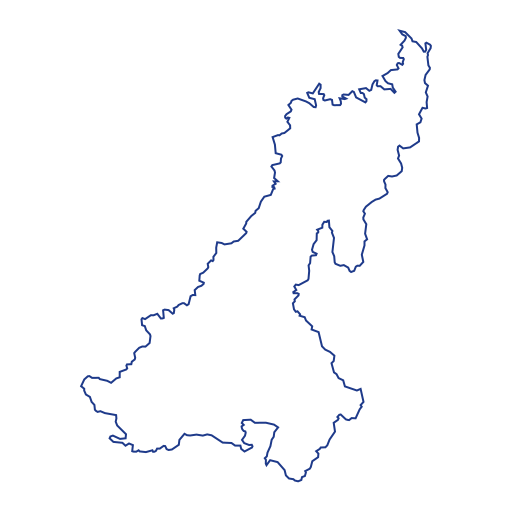 Diamantina, Minas Gerais, Brazil (Albers equal-area conic projection)
{"feature_id": "56859067B62875205833655", "entity_name": "Diamantina", "entity_type": "district", "adm_level": 2, "iso_a3": "BRA", "parent_name": "Brazil", "parent_adm1": "Minas Gerais", "projection": "albers", "projection_center": [-43.58, -17.913], "detail": "fine", "context": "isolated", "style": "outline", "palette": "blue", "viewbox_px": 512, "rotation_deg": 0, "n_neighbors": 0, "source": "geoboundaries", "source_scale": "gbopen_adm2", "svg_char_len": 5984}
<svg xmlns="http://www.w3.org/2000/svg" viewBox="0 0 512 512"><path d="M81.1,386.2L84.2,388.7L84.2,390.6L85.9,394.5L89.9,396.9L91.6,401.9L94.4,404.9L94.9,409.7L96.0,410.9L97.6,411.9L100.4,411.2L104.9,413.1L116.1,415.1L116.4,418.4L115.7,421.7L117.2,425.5L126.0,434.2L125.6,438.3L120.0,438.9L112.9,435.6L110.4,436.5L109.6,438.3L113.4,441.9L122.4,442.8L125.5,445.7L129.0,443.5L132.9,445.1L132.2,451.2L133.3,451.6L136.2,451.7L138.6,450.3L139.6,451.4L145.9,452.1L152.4,450.3L153.1,451.8L154.5,451.7L155.9,450.9L157.1,448.6L159.8,448.6L163.6,445.9L165.2,446.1L166.6,449.1L168.6,450.0L171.9,449.5L178.8,444.8L179.4,439.9L184.5,433.8L187.0,435.2L190.1,435.5L196.5,434.6L202.8,435.6L207.2,434.4L211.6,435.3L222.7,442.6L231.5,443.0L235.1,445.6L240.4,445.6L241.2,448.9L244.5,451.5L252.0,447.5L252.5,446.3L251.8,444.8L249.1,445.0L244.2,443.1L242.0,439.9L245.0,435.7L245.7,432.7L245.3,431.4L243.7,431.0L242.3,429.3L241.8,427.8L241.6,426.4L243.7,424.9L241.8,423.0L243.2,420.1L250.7,419.7L254.9,422.8L265.8,422.7L274.0,424.6L278.1,427.4L274.3,432.2L273.7,436.8L271.7,439.7L270.4,446.2L267.5,452.6L266.8,456.4L264.8,458.2L265.9,459.8L265.8,463.7L266.5,465.2L270.1,460.2L277.6,462.1L284.6,470.1L285.9,475.4L289.0,478.5L293.4,479.2L294.8,480.5L298.1,481.3L301.3,480.0L302.0,477.1L304.9,476.0L305.9,472.5L305.2,471.1L309.8,468.7L310.8,467.0L312.3,461.2L318.1,457.2L318.4,453.6L316.2,451.2L319.8,448.9L320.7,447.5L325.4,447.3L327.3,445.3L329.6,439.5L335.0,431.6L333.7,422.8L337.9,419.9L338.6,418.3L337.4,417.0L339.3,414.8L340.7,414.5L345.9,419.4L347.7,419.9L349.1,420.1L351.6,418.1L355.6,418.3L359.7,409.3L361.7,406.7L360.6,405.1L363.5,401.9L360.6,388.9L356.9,390.5L344.9,386.4L343.2,380.3L338.6,378.1L336.5,374.1L334.0,372.4L331.5,363.2L333.7,361.0L334.4,355.7L330.0,351.9L325.2,349.6L322.0,346.3L318.6,332.1L311.6,329.5L312.2,326.3L306.0,320.5L304.7,317.2L299.6,315.7L300.1,314.3L297.5,311.3L295.8,311.8L294.0,309.3L292.9,303.3L294.8,301.3L294.5,299.4L298.5,295.4L298.7,293.9L297.4,293.2L293.6,293.2L293.3,292.1L296.3,290.0L294.3,286.5L295.8,284.6L298.7,285.1L307.7,280.3L308.5,278.9L309.2,270.8L308.6,265.4L310.1,263.1L310.6,256.7L311.8,255.6L316.0,255.2L316.6,253.7L312.7,251.9L312.0,249.8L313.6,244.1L316.6,240.2L316.8,233.4L318.2,232.5L318.3,231.1L317.2,229.7L322.3,227.7L322.4,224.7L324.2,221.8L326.8,222.0L327.5,220.8L328.9,220.6L329.4,227.2L332.4,231.0L331.9,232.6L334.0,237.9L332.4,252.0L334.2,256.2L334.7,262.3L335.5,263.8L340.3,265.8L343.8,265.1L348.2,267.6L349.6,270.9L351.1,272.0L354.2,270.8L355.8,266.7L357.4,265.7L359.7,265.8L363.3,261.9L361.8,254.7L364.5,245.4L364.5,241.4L367.1,239.3L365.1,233.7L366.3,224.2L363.4,219.4L363.3,217.5L364.9,213.7L363.3,211.2L363.8,209.9L365.9,206.7L371.7,202.0L375.6,199.6L379.4,198.6L387.0,193.8L387.7,192.2L385.4,188.1L385.5,184.6L384.1,181.4L384.0,180.0L384.8,179.0L388.2,175.9L392.0,176.5L396.7,175.5L401.7,171.2L402.2,167.8L401.1,163.5L398.0,158.5L399.1,155.6L397.6,149.8L398.1,146.7L399.5,145.6L403.2,148.4L410.1,147.4L419.0,141.4L419.1,137.9L417.5,132.7L416.7,124.4L420.4,122.3L421.6,118.6L419.0,114.3L422.5,107.8L425.5,108.5L427.1,108.0L426.6,102.1L427.6,96.5L425.8,92.4L428.0,85.7L425.0,83.1L424.4,80.1L425.6,74.9L429.7,69.4L429.9,67.8L428.4,65.4L427.4,56.8L428.0,55.0L427.6,53.2L430.6,48.2L430.9,45.9L430.1,44.7L426.4,42.7L425.4,43.4L426.2,49.8L425.1,51.7L423.8,51.7L422.0,48.4L417.5,43.4L416.2,42.0L412.5,41.3L411.5,38.5L405.1,32.1L399.6,30.7L402.3,34.4L405.7,36.1L405.9,37.8L404.5,40.6L400.6,44.8L402.2,45.8L402.6,47.4L398.3,53.9L398.8,56.9L400.0,57.9L403.2,58.0L403.8,59.1L402.7,62.2L403.1,63.8L402.3,64.8L399.0,63.0L397.7,63.3L396.8,65.0L398.5,68.4L397.5,69.4L390.9,70.1L387.6,73.1L382.5,76.0L385.5,81.1L388.0,83.3L392.2,84.3L392.8,87.6L395.6,91.7L394.4,92.8L390.6,88.9L384.3,89.4L380.5,86.2L377.6,86.2L376.7,85.2L377.5,80.5L375.8,80.3L374.4,81.2L372.5,84.4L371.2,89.9L369.3,90.8L366.0,88.1L359.2,89.3L360.8,93.0L362.5,93.0L363.9,94.1L364.7,97.6L366.5,99.2L366.4,101.2L365.4,102.4L356.1,97.4L353.9,92.0L352.3,91.2L348.6,94.9L343.6,94.5L342.3,95.2L342.3,96.5L346.1,98.6L344.7,99.1L339.6,98.3L340.8,101.3L341.0,103.8L340.1,105.1L334.0,105.2L332.6,104.6L332.0,99.9L330.2,99.2L324.8,100.5L323.4,99.9L323.1,98.2L324.3,95.2L323.7,94.1L319.0,93.9L318.7,92.0L320.6,88.1L320.6,84.7L319.2,83.7L312.8,93.4L308.4,92.3L307.2,92.9L309.3,97.8L314.7,99.2L316.1,105.4L315.6,107.2L313.7,107.0L309.3,103.2L305.9,101.4L297.7,98.5L293.1,99.7L291.5,100.9L290.8,102.9L288.4,105.0L291.5,109.7L290.8,111.4L286.5,114.2L285.1,116.1L285.2,117.6L286.3,118.6L287.9,117.5L289.3,117.9L287.4,121.8L290.1,125.3L290.2,128.3L284.4,133.0L281.7,133.5L279.5,135.3L278.0,135.1L272.6,137.1L274.9,144.6L275.7,153.2L281.4,154.7L282.2,156.0L281.0,158.5L280.7,162.4L279.7,163.4L272.3,165.1L271.4,166.5L274.5,170.5L275.0,172.6L274.1,178.0L277.8,181.3L273.9,181.4L275.6,183.8L272.5,185.7L272.4,186.9L274.2,187.2L274.6,188.6L273.2,189.0L270.8,194.9L264.3,196.7L260.9,201.6L258.7,208.2L255.6,210.8L255.2,212.9L251.3,216.0L246.3,221.8L246.2,223.5L243.3,228.7L246.6,231.8L246.2,233.1L238.2,240.8L233.7,241.5L231.4,243.3L224.5,244.4L221.7,243.0L217.2,242.3L216.2,247.7L216.3,253.0L213.4,256.8L213.5,260.0L212.7,261.1L211.1,260.4L207.7,263.8L208.3,267.1L207.7,268.4L203.2,272.7L200.2,274.0L199.7,275.5L199.3,280.7L203.8,282.7L203.6,283.9L201.4,285.8L198.0,287.0L194.7,290.1L195.3,295.1L192.7,295.0L190.6,296.2L188.6,304.2L186.9,305.3L184.0,303.2L182.4,303.2L178.6,305.0L177.3,306.6L173.7,308.3L174.3,309.8L173.8,313.1L172.7,313.7L168.6,310.1L164.6,309.6L163.1,310.3L163.8,317.9L162.7,318.4L160.9,318.5L157.3,313.8L153.5,315.3L150.9,315.2L145.1,319.1L142.4,318.1L141.5,319.3L142.1,325.2L144.8,326.1L146.2,330.3L150.0,334.4L150.5,336.1L149.6,343.0L145.5,346.6L142.3,346.5L139.2,347.8L135.2,351.8L134.2,353.1L135.2,357.8L134.7,359.5L131.8,361.7L131.3,364.2L127.0,364.4L126.4,365.6L127.2,368.4L126.2,369.5L119.7,371.9L119.7,377.3L116.3,378.4L111.1,382.8L107.2,380.8L99.8,379.1L98.7,377.8L92.1,377.9L89.4,376.1L87.8,376.3L84.3,379.4L81.1,386.2Z" fill="none" stroke="#1e3a8a" stroke-width="2"/></svg>